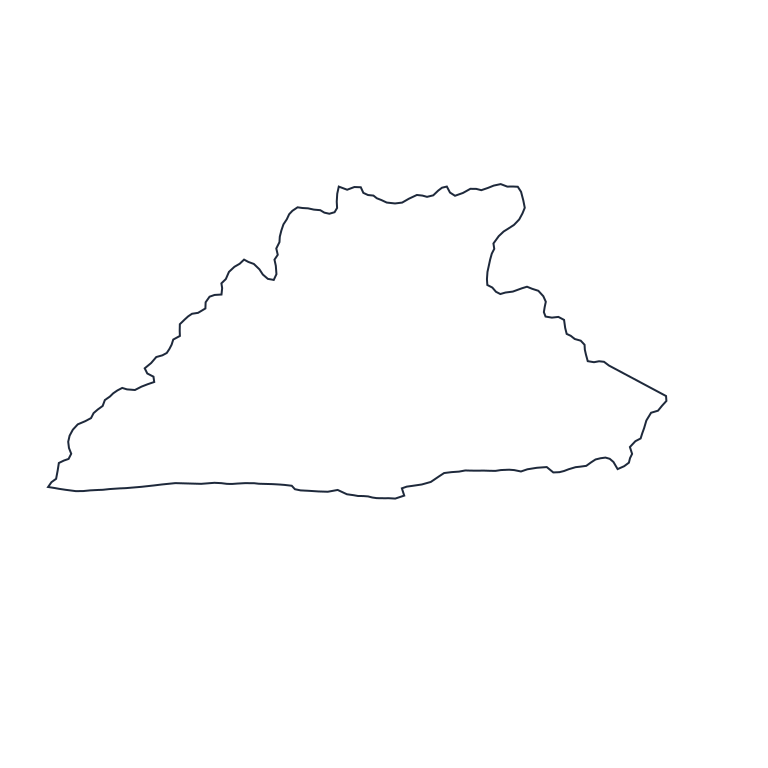 outline of Sapucaia, Rio de Janeiro, Brazil, rotated 205°
{"feature_id": "56859067B28988673351798", "entity_name": "Sapucaia", "entity_type": "district", "adm_level": 2, "iso_a3": "BRA", "parent_name": "Brazil", "parent_adm1": "Rio de Janeiro", "projection": "albers", "projection_center": [-42.818, -22.019], "detail": "fine", "context": "isolated", "style": "outline", "palette": "slate", "viewbox_px": 768, "rotation_deg": 205, "n_neighbors": 0, "source": "geoboundaries", "source_scale": "gbopen_adm2", "svg_char_len": 3322}
<svg xmlns="http://www.w3.org/2000/svg" viewBox="0 0 768 768"><g transform="rotate(205 384 384)"><path d="M279.0,336.3L273.8,340.0L269.6,341.8L264.7,344.0L256.7,347.8L251.3,350.1L246.2,352.4L241.7,355.4L234.4,359.2L229.6,361.0L222.9,362.6L218.0,367.3L210.0,372.7L201.4,377.5L193.2,375.4L187.8,378.2L184.1,381.2L180.6,384.8L175.2,389.6L171.4,391.9L166.1,395.3L163.2,400.5L160.4,405.0L156.4,408.2L152.2,410.9L147.8,411.6L143.1,410.3L136.3,405.6L131.6,411.0L128.8,416.2L129.7,420.8L129.6,425.5L134.5,430.8L132.0,438.4L128.4,443.1L129.1,448.4L129.6,453.9L130.8,461.8L129.8,470.8L124.4,475.6L122.8,481.9L120.9,488.0L123.3,492.3L187.9,495.8L194.0,497.1L198.7,495.5L202.9,492.5L209.0,490.8L213.4,496.0L216.5,500.0L218.8,504.3L224.0,506.4L230.2,505.4L235.1,506.6L239.6,506.6L243.5,511.4L247.9,518.2L254.3,518.5L259.9,515.1L266.1,513.4L269.5,516.7L270.9,521.7L272.1,526.9L276.7,530.9L283.5,533.7L289.9,532.9L295.5,532.6L299.4,529.1L306.3,522.2L312.6,518.2L316.6,514.7L321.5,514.9L326.6,517.2L332.2,517.4L335.0,522.5L337.6,529.3L339.2,536.4L340.4,541.7L341.4,547.7L341.2,553.1L344.2,557.6L342.5,566.5L340.0,572.8L337.2,577.1L333.4,583.2L331.0,590.3L330.6,597.1L330.9,603.2L335.3,609.2L341.0,616.1L346.1,619.3L351.0,617.3L355.7,615.0L362.7,614.5L368.4,610.2L372.7,605.6L377.7,600.8L382.9,599.8L388.2,597.4L393.2,590.5L399.2,584.6L405.1,585.4L410.5,589.5L414.4,586.4L416.6,582.2L419.1,575.8L424.1,571.8L428.8,571.0L434.1,569.2L439.7,562.5L444.2,556.1L450.3,552.3L458.2,549.6L464.2,549.6L469.0,549.3L473.2,550.3L478.4,548.5L483.5,548.5L488.2,552.5L494.1,550.0L499.5,544.5L508.4,543.8L506.8,536.7L503.9,529.3L500.9,523.7L501.4,518.8L505.5,515.2L510.5,514.1L515.2,514.6L521.3,512.4L527.1,511.1L532.1,509.1L537.0,507.6L540.2,502.3L541.7,497.8L541.7,492.2L542.6,486.2L541.9,479.8L540.7,473.5L538.7,468.4L538.9,461.3L534.9,456.2L535.8,450.4L532.0,445.4L527.9,438.1L527.9,431.7L533.7,430.2L540.1,432.0L545.4,435.3L552.7,437.8L558.5,437.3L563.4,437.6L565.6,432.0L569.1,427.0L571.9,420.1L571.7,412.3L573.9,406.5L571.2,402.5L569.1,396.4L575.2,393.1L579.0,389.4L580.2,382.7L577.8,377.0L582.6,369.9L587.7,366.5L590.1,362.5L591.9,358.2L594.3,351.9L591.6,345.8L589.3,341.3L593.8,335.2L593.1,329.9L593.3,325.1L594.0,320.3L597.0,316.3L601.8,312.2L603.9,304.6L607.5,297.1L603.0,293.5L596.0,293.2L593.1,288.7L598.1,283.9L602.7,279.1L607.2,273.3L614.7,270.5L619.6,269.8L622.9,265.5L625.5,261.1L627.1,256.8L630.2,251.5L629.7,245.2L632.6,240.0L634.9,234.9L635.1,229.3L639.1,224.0L644.5,218.0L646.7,211.1L647.1,204.3L645.8,198.2L642.5,192.9L638.0,188.6L638.2,182.8L641.8,179.3L645.3,175.0L643.2,167.7L641.1,159.5L643.9,154.5L644.9,148.7L638.3,150.6L634.1,151.7L628.0,153.5L617.9,156.7L611.1,160.0L605.2,163.5L598.4,167.1L594.1,169.3L588.5,172.7L579.4,177.7L574.0,180.5L560.4,188.3L549.2,195.1L542.8,199.1L531.2,206.0L507.6,216.2L495.9,222.8L489.5,225.4L483.9,227.2L479.1,229.4L475.0,231.7L467.9,235.5L459.5,239.3L455.3,240.7L442.6,246.2L435.8,248.9L431.5,250.5L424.6,252.8L420.3,251.0L414.7,252.3L406.8,255.5L397.8,259.0L389.4,262.6L381.2,268.4L376.2,268.4L371.0,268.4L364.5,270.4L360.3,271.5L355.4,273.7L350.9,275.4L346.6,276.2L342.3,277.5L335.4,280.6L331.2,282.6L325.4,284.9L318.5,291.4L323.7,297.0L320.0,300.6L315.5,303.5L307.3,308.9L300.2,315.0L295.0,323.7L291.9,328.7L285.5,332.7L279.0,336.3Z" fill="none" stroke="#1e293b" stroke-width="2"/></g></svg>